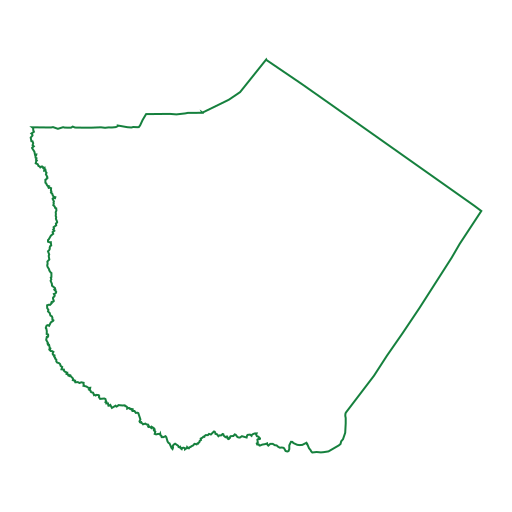 Same, Kilimanjaro, United Republic of Tanzania
{"feature_id": "72390352B83063272545753", "entity_name": "Same", "entity_type": "district", "adm_level": 2, "iso_a3": "TZA", "parent_name": "United Republic of Tanzania", "parent_adm1": "Kilimanjaro", "projection": "albers", "projection_center": [37.677, -4.203], "detail": "fine", "context": "isolated", "style": "outline", "palette": "green", "viewbox_px": 512, "rotation_deg": 0, "n_neighbors": 0, "source": "geoboundaries", "source_scale": "gbopen_adm2", "svg_char_len": 5861}
<svg xmlns="http://www.w3.org/2000/svg" viewBox="0 0 512 512"><path d="M32.2,127.3L33.2,128.1L33.2,130.0L33.9,131.8L31.4,133.5L32.2,134.2L32.5,135.5L30.7,137.6L31.4,141.2L32.5,141.3L33.2,143.2L32.6,145.2L33.8,146.3L32.1,147.7L32.1,148.1L34.4,151.7L35.0,154.7L36.3,154.5L36.2,155.1L35.5,155.7L35.5,156.7L35.6,157.7L36.5,158.2L36.0,159.9L36.8,160.5L36.2,161.3L35.7,163.3L37.7,164.2L38.5,166.0L39.6,166.4L40.3,167.4L42.0,166.4L42.9,167.0L43.2,168.0L44.5,167.7L44.2,170.3L45.4,169.7L45.6,170.3L45.3,171.1L46.5,172.8L45.9,174.3L47.3,176.9L47.4,178.0L46.8,178.2L46.5,179.2L45.4,179.7L45.4,182.7L46.3,183.5L46.6,184.5L47.5,185.8L48.8,186.2L48.3,187.0L48.7,187.9L50.1,187.7L51.1,188.2L50.9,190.4L51.4,191.3L50.9,192.3L51.5,193.3L52.2,193.5L52.8,195.5L53.9,196.9L55.3,197.2L55.0,198.2L53.4,197.8L52.6,198.8L53.9,201.4L53.5,202.7L53.8,203.7L53.3,205.2L54.7,206.5L55.1,207.9L56.2,208.3L56.4,210.5L55.7,212.2L55.9,214.0L55.7,216.0L56.2,217.1L55.9,218.8L57.1,221.7L57.1,222.5L55.9,223.5L56.2,225.3L53.6,227.2L54.0,228.7L53.2,229.6L54.3,230.8L52.6,232.1L53.2,233.8L50.9,235.6L48.8,239.3L48.0,240.1L48.0,241.7L49.9,242.4L50.8,242.2L51.2,245.5L50.1,246.2L49.6,248.0L49.8,248.8L49.2,250.1L48.0,251.3L49.2,254.5L48.7,255.9L49.3,259.5L47.4,261.5L47.6,264.0L47.2,265.1L47.5,266.7L49.1,269.3L49.3,270.5L50.6,272.4L51.4,273.0L51.4,277.1L50.8,277.6L51.3,279.3L50.6,280.8L51.9,283.8L52.0,285.7L55.0,288.1L55.1,288.9L54.3,289.6L54.5,289.9L55.3,289.3L55.4,289.5L55.5,290.8L56.2,291.8L56.0,292.7L55.3,293.5L53.9,294.0L54.7,295.7L54.3,296.5L53.1,297.5L53.0,298.6L53.8,301.0L53.0,301.8L51.8,301.9L51.4,302.3L51.7,303.2L50.0,304.9L48.9,304.7L47.1,305.3L47.2,308.1L48.4,309.9L48.0,311.4L49.7,313.0L50.4,315.5L51.9,316.4L52.4,317.7L52.4,319.6L53.4,320.3L53.2,320.8L50.8,322.4L49.1,325.8L47.9,325.1L46.6,325.6L45.8,327.7L45.9,328.3L46.3,328.6L46.8,331.1L46.7,334.0L48.1,334.5L48.2,336.0L47.7,337.0L46.8,336.9L46.2,339.9L48.1,343.3L47.6,343.8L48.3,345.1L49.1,345.0L49.7,347.8L50.4,348.4L50.2,349.0L49.4,349.2L49.3,349.6L50.7,351.0L52.3,351.2L53.4,351.9L52.7,353.4L52.9,354.6L54.5,355.4L54.1,356.6L55.1,357.5L55.1,358.6L56.3,359.6L56.3,361.4L57.1,362.5L59.1,363.2L60.1,364.1L60.6,365.9L62.2,367.0L61.5,369.3L63.9,369.6L63.9,370.7L64.9,371.7L65.9,372.0L66.2,372.6L67.1,372.7L66.6,374.0L68.3,374.5L68.3,375.5L69.4,376.0L69.8,375.2L70.4,375.3L70.8,376.3L72.8,378.3L73.1,379.1L72.8,380.1L73.3,380.3L73.7,379.9L74.3,380.6L75.1,380.7L75.0,381.6L75.3,382.3L77.8,382.1L79.5,383.0L81.3,382.3L83.6,382.8L83.5,384.1L83.8,384.9L83.5,385.8L86.4,386.5L88.7,388.0L90.2,387.8L90.0,388.8L89.1,389.7L90.5,390.6L90.8,391.8L91.3,392.2L93.1,392.7L94.0,395.1L94.6,394.8L95.7,395.5L96.4,394.9L98.7,395.1L99.2,396.0L98.9,397.1L100.1,398.9L104.3,398.5L105.4,399.0L105.9,400.7L105.6,401.9L106.4,401.8L106.5,402.0L106.3,403.4L108.0,403.4L108.4,405.7L108.9,405.8L110.3,404.9L111.9,407.9L115.6,405.7L116.4,406.6L117.5,406.1L118.5,405.1L122.8,405.5L124.3,405.3L125.0,405.5L125.3,406.2L126.2,406.3L127.2,407.2L127.2,408.6L128.7,408.0L129.6,408.1L130.1,409.0L130.7,409.0L131.4,409.6L131.7,409.0L132.7,409.2L132.6,411.0L134.5,411.0L135.8,412.9L137.3,412.7L138.3,413.1L140.4,419.4L139.5,421.3L139.9,422.2L140.3,422.5L141.2,422.2L141.3,422.8L142.6,423.6L143.0,424.3L145.4,423.6L146.6,424.5L148.0,424.6L148.5,425.4L148.1,426.6L148.6,427.0L149.5,426.7L150.0,427.0L152.3,428.7L151.7,427.7L151.8,426.9L153.5,427.9L154.3,428.7L153.9,429.5L154.6,430.0L154.1,430.6L155.3,431.6L154.7,433.9L156.1,434.4L158.2,433.9L160.0,434.1L160.2,433.7L160.5,435.4L161.4,435.8L161.7,437.1L163.5,437.1L165.5,436.2L166.3,437.2L167.6,441.6L168.6,443.0L169.5,443.4L171.5,447.9L172.5,449.0L173.0,447.7L172.8,445.9L173.6,444.7L175.1,443.7L178.2,445.8L178.6,447.0L179.3,447.3L180.2,446.8L180.7,448.3L181.7,449.1L182.1,448.0L183.5,447.7L184.9,448.2L185.0,449.3L186.8,448.0L187.1,447.1L188.0,448.2L188.9,448.3L189.4,447.3L190.6,447.0L191.3,446.3L193.2,445.4L194.3,444.0L194.7,443.8L196.6,444.4L197.1,443.7L198.1,443.6L198.3,442.8L199.3,442.3L199.7,440.9L201.0,440.0L200.7,438.6L202.4,437.7L203.4,436.7L204.2,436.8L204.2,436.4L205.7,435.1L207.9,435.1L209.0,433.9L210.9,434.5L213.9,431.5L214.5,431.6L215.1,432.3L215.5,433.9L216.8,434.1L218.4,436.2L219.3,435.4L221.1,435.4L222.6,434.0L223.3,434.2L223.7,435.6L225.5,437.2L226.2,437.3L226.6,436.5L227.2,436.5L227.6,438.4L228.3,439.1L228.9,438.9L228.9,438.1L229.9,437.9L230.2,436.6L230.6,436.2L233.4,436.0L234.7,434.4L235.7,434.8L237.5,437.1L238.9,437.5L240.0,437.5L241.9,436.2L246.6,437.5L247.1,435.5L247.6,434.9L250.0,434.6L251.5,435.8L251.8,434.9L253.2,434.0L255.0,433.4L256.6,433.4L256.1,434.5L256.9,436.2L258.4,436.7L260.0,438.4L260.0,438.8L259.5,439.1L258.3,439.0L257.4,439.6L257.8,442.7L256.8,443.4L257.2,444.5L258.9,444.6L259.3,445.4L259.8,445.6L262.3,444.6L265.2,444.1L267.1,443.4L267.2,444.4L268.3,445.6L270.2,443.9L272.8,443.9L274.8,445.2L276.6,445.4L278.3,446.9L279.9,447.7L281.7,447.5L283.4,447.8L284.1,448.3L285.6,451.0L287.3,451.5L288.5,451.1L289.3,449.1L289.3,445.3L291.0,441.8L292.4,441.9L293.3,443.0L297.2,444.8L299.6,445.1L302.3,444.9L306.4,442.8L306.9,444.0L307.2,443.9L309.0,448.2L310.6,450.2L311.2,451.4L312.3,452.5L316.6,452.0L320.8,452.4L323.3,452.2L328.5,451.4L338.8,445.4L340.5,444.0L341.2,441.3L343.0,439.2L345.2,432.8L345.7,423.4L345.7,418.0L345.3,415.9L345.4,413.9L345.8,412.7L374.0,375.7L387.0,355.6L402.5,333.3L419.4,308.1L451.6,257.8L459.8,243.7L481.3,211.0L474.5,205.9L324.1,99.7L301.9,84.1L266.4,60.0L266.2,59.5L240.1,92.1L228.9,99.7L202.5,112.6L202.2,112.4L202.4,112.8L187.7,112.9L185.3,113.4L176.4,114.4L170.0,113.9L146.1,114.1L142.6,120.0L140.1,125.4L138.8,127.1L137.3,127.2L133.2,127.0L131.4,127.5L127.4,127.2L118.3,125.6L118.4,125.8L115.8,127.1L111.8,127.5L108.6,127.4L105.1,127.8L100.8,127.3L90.7,127.7L76.2,127.6L74.9,127.5L72.7,126.6L71.2,127.6L70.2,127.7L64.8,127.6L63.1,127.2L57.9,128.8L53.0,127.1L51.0,127.5L32.2,127.3Z" fill="none" stroke="#15803d" stroke-width="2"/></svg>